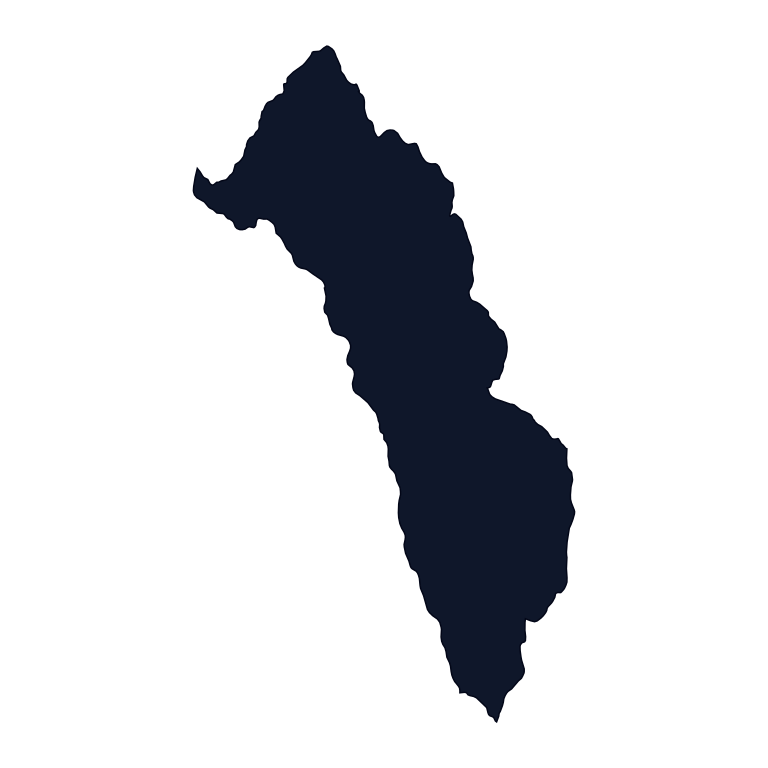 outline of Capitanejo, Santander, Colombia
{"feature_id": "7082276B5259246085028", "entity_name": "Capitanejo", "entity_type": "district", "adm_level": 2, "iso_a3": "COL", "parent_name": "Colombia", "parent_adm1": "Santander", "projection": "equal_earth", "projection_center": [-72.675, 6.515], "detail": "fine", "context": "isolated", "style": "filled", "palette": "ink", "viewbox_px": 768, "rotation_deg": 0, "n_neighbors": 0, "source": "geoboundaries", "source_scale": "gbopen_adm2", "svg_char_len": 6083}
<svg xmlns="http://www.w3.org/2000/svg" viewBox="0 0 768 768"><path d="M399.9,523.6L401.7,528.1L404.2,532.4L405.2,535.1L405.4,537.2L405.1,539.8L404.1,544.5L404.3,547.0L405.6,553.3L409.0,561.2L410.3,565.9L411.1,567.7L412.2,568.8L416.2,571.2L417.5,572.9L418.5,575.2L419.4,578.4L420.1,585.6L420.6,588.4L423.6,595.7L427.5,609.5L429.5,612.6L432.7,615.7L437.4,619.0L439.8,622.3L441.2,627.3L441.5,629.4L441.1,637.0L441.7,641.3L442.9,644.4L445.0,647.8L446.1,651.7L446.9,657.2L449.5,662.6L450.5,666.0L451.2,671.6L451.9,675.1L453.1,678.4L454.7,681.5L458.2,685.8L459.5,687.9L459.9,690.5L459.9,692.8L464.5,692.3L466.5,692.7L468.0,694.8L470.0,695.6L473.6,696.4L476.5,697.8L486.3,707.2L486.8,707.9L488.0,712.8L488.7,714.6L490.0,715.8L492.5,716.7L493.8,717.7L495.4,721.0L496.6,721.9L498.7,716.3L499.1,713.4L500.3,711.3L502.4,705.7L503.3,702.3L503.8,698.8L505.1,695.6L506.7,692.9L508.0,691.4L511.6,688.9L518.4,680.9L521.4,678.3L522.7,675.9L524.0,672.9L524.2,671.3L524.2,668.9L521.6,660.3L521.0,657.2L520.1,650.4L520.0,646.5L520.4,644.8L521.6,643.2L522.1,642.7L524.6,641.8L525.4,640.6L525.6,636.7L524.9,630.3L525.0,622.3L525.4,618.7L530.5,620.7L534.6,621.7L537.2,620.9L541.0,618.0L543.3,615.7L545.7,612.5L546.7,610.4L547.1,608.3L548.0,606.7L551.5,603.0L552.7,601.3L554.8,597.3L555.5,593.9L556.0,593.2L557.6,592.5L560.7,592.6L561.7,591.7L563.8,589.3L564.6,588.0L565.9,585.2L566.9,582.1L567.0,577.8L566.4,568.7L566.9,557.4L566.6,555.5L566.4,552.1L567.1,541.9L569.3,528.1L571.0,524.4L572.8,519.6L574.4,514.0L574.6,511.7L574.2,510.0L571.4,502.9L570.5,499.3L570.4,494.9L571.0,486.8L572.4,480.9L572.5,479.5L571.6,472.7L570.8,471.4L568.2,468.4L567.0,465.6L566.5,458.2L566.9,448.8L565.8,448.4L563.2,445.2L561.2,443.6L558.4,438.8L557.8,438.6L556.3,439.0L553.9,439.2L551.8,438.6L549.3,435.3L547.5,432.2L545.5,430.2L541.7,426.6L537.8,424.5L535.2,422.1L534.2,420.3L532.7,418.7L532.3,417.2L531.1,415.3L529.9,414.3L525.1,411.9L521.0,410.4L514.2,404.9L512.1,404.3L510.5,404.2L495.3,398.9L492.1,396.9L490.2,395.0L489.5,393.9L487.8,389.1L487.2,387.9L488.9,387.6L490.3,386.8L490.8,385.7L491.9,382.0L492.9,380.1L495.1,379.4L498.7,379.0L499.2,378.5L500.0,375.5L502.3,370.8L503.4,366.4L503.3,363.8L505.9,356.9L506.9,351.1L507.1,347.0L506.5,341.0L505.9,338.4L504.2,333.7L503.2,331.7L500.6,329.7L498.9,328.9L494.7,322.1L491.0,319.1L488.7,316.4L488.4,315.2L488.3,312.2L487.4,310.8L479.8,304.2L476.7,302.3L472.6,300.8L471.7,300.1L470.9,299.3L469.5,296.2L468.9,293.0L469.1,290.5L471.5,286.5L473.2,280.9L473.1,277.8L472.4,274.4L471.8,270.0L472.1,265.0L473.2,259.5L473.2,257.6L472.9,256.0L471.9,253.7L471.2,250.1L470.9,246.8L467.5,237.9L466.2,232.9L463.7,226.7L462.7,222.0L461.1,219.2L455.8,214.3L454.6,213.9L453.9,214.0L452.6,214.6L450.6,216.3L450.0,216.3L449.7,215.9L449.9,214.3L451.0,210.3L452.0,208.0L452.2,206.3L451.9,202.4L452.3,199.9L453.8,195.8L453.7,191.9L453.5,189.0L452.4,183.0L450.6,182.4L449.4,181.6L444.9,178.0L443.9,176.9L441.7,173.1L439.1,166.8L437.2,164.7L435.6,163.8L431.4,163.9L429.5,163.6L427.5,162.9L426.0,162.0L424.6,160.6L422.1,157.2L419.5,151.8L417.9,146.8L416.3,143.8L414.6,143.4L408.2,144.6L405.3,143.4L402.6,141.0L400.0,137.5L397.6,133.3L393.9,130.5L392.7,130.2L390.0,130.0L387.0,130.6L384.3,132.5L380.2,136.7L378.7,137.3L377.5,137.0L376.7,136.3L374.6,132.4L373.9,130.3L373.2,125.7L372.3,123.1L371.9,122.3L370.5,121.0L368.8,120.2L367.9,119.4L366.6,117.2L365.2,112.5L364.3,108.3L364.4,102.1L364.2,100.1L363.6,97.5L362.3,95.3L359.8,93.3L358.6,91.7L359.2,91.5L359.2,90.7L356.9,85.0L356.0,84.1L355.3,84.7L353.5,84.7L351.0,84.0L348.6,82.3L346.7,80.3L343.8,74.9L341.3,71.9L340.7,70.4L340.4,66.3L337.0,58.5L336.3,57.3L335.1,53.8L333.7,50.8L331.9,48.8L330.8,48.1L328.3,46.4L326.8,46.1L323.7,48.0L320.7,50.6L319.2,51.3L313.6,51.7L312.3,52.3L311.5,54.5L310.3,56.5L305.3,62.8L302.9,65.3L293.4,72.1L287.9,77.4L287.2,78.8L287.1,81.9L286.9,82.7L286.1,83.6L284.1,83.8L283.7,84.6L284.2,90.8L283.0,93.7L282.3,94.1L280.0,94.5L278.1,95.2L276.0,96.7L273.7,99.7L272.8,100.5L268.1,102.3L266.6,103.7L265.1,106.3L263.7,110.0L263.2,110.8L262.1,111.5L261.2,116.1L261.1,118.2L259.7,120.5L259.1,122.1L259.2,126.8L258.8,128.7L258.3,129.8L255.8,132.4L253.9,135.9L250.0,137.9L247.8,140.9L246.6,144.5L246.5,146.7L245.0,149.8L243.7,156.3L241.0,160.1L239.2,162.0L235.3,164.6L233.3,172.1L231.5,174.3L230.2,175.2L227.5,178.6L225.9,179.9L221.0,181.0L218.9,182.2L216.7,182.3L213.8,184.7L212.4,185.1L211.6,184.9L209.9,183.6L207.8,179.5L203.9,177.6L202.5,175.9L200.1,171.9L197.3,168.4L195.2,177.3L193.7,186.4L193.4,190.5L193.6,192.0L194.5,194.8L196.9,197.7L204.4,201.9L208.6,207.0L210.0,208.1L213.3,209.7L216.9,213.0L223.1,213.6L224.3,214.3L226.5,217.3L228.2,218.8L229.8,219.1L232.3,220.8L233.6,222.2L235.3,226.7L237.0,228.5L239.7,229.6L242.2,229.7L245.1,229.1L247.7,227.3L249.2,226.7L253.8,227.6L254.6,227.1L255.7,225.5L256.2,222.2L256.9,219.7L257.7,218.7L258.6,218.4L259.5,218.2L263.7,219.1L267.0,219.0L269.2,220.2L272.2,222.5L274.1,224.4L275.2,227.1L276.2,233.2L280.4,236.8L281.9,238.9L284.3,243.3L285.6,246.3L287.2,249.1L291.3,253.3L292.3,255.0L293.9,261.3L295.3,263.8L296.8,265.6L298.6,267.0L300.8,268.0L305.5,269.0L307.2,269.7L313.3,274.2L321.6,279.8L323.5,282.0L324.9,285.0L325.1,287.5L324.4,288.0L326.1,296.1L325.9,301.0L325.4,303.3L324.3,306.1L324.2,307.4L324.1,308.4L324.7,311.9L325.0,312.5L327.6,315.2L328.6,318.5L329.9,324.3L331.6,328.0L332.0,329.9L333.5,331.9L335.5,333.4L337.7,334.5L343.6,336.2L345.8,337.4L348.2,339.9L349.3,341.6L350.6,345.2L350.6,348.2L349.7,351.1L347.8,355.6L347.0,359.5L347.1,360.9L347.4,362.8L348.0,364.5L352.2,367.9L354.0,370.8L354.5,373.9L354.4,375.0L354.1,376.8L352.7,382.3L352.5,383.9L353.0,387.9L353.7,390.3L355.7,392.9L360.1,395.8L367.9,402.6L373.5,410.1L375.7,412.1L376.7,414.0L378.0,418.3L378.4,420.7L379.3,422.6L379.7,424.3L379.5,427.5L380.3,431.1L381.1,432.3L383.2,433.6L383.8,434.8L384.0,439.4L386.7,442.6L388.0,446.2L388.3,449.0L388.1,456.3L389.0,461.0L389.4,465.6L389.9,467.1L391.6,469.3L393.2,470.8L394.8,472.9L395.6,474.5L396.9,480.8L400.1,487.8L400.5,491.6L400.6,494.4L399.2,500.4L398.7,504.2L398.4,512.8L398.7,517.5L399.9,523.6Z" fill="#0f172a" stroke="#020617" stroke-width="1.5"/></svg>